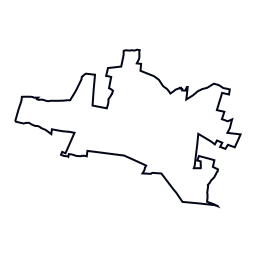 Chocholá, Yucatán, Mexico (Mercator projection)
{"feature_id": "50627088B77263395390231", "entity_name": "Chocholá", "entity_type": "district", "adm_level": 2, "iso_a3": "MEX", "parent_name": "Mexico", "parent_adm1": "Yucatán", "projection": "mercator", "projection_center": [-89.837, 20.727], "detail": "fine", "context": "isolated", "style": "outline", "palette": "ink", "viewbox_px": 256, "rotation_deg": 0, "n_neighbors": 0, "source": "geoboundaries", "source_scale": "gbopen_adm2", "svg_char_len": 4348}
<svg xmlns="http://www.w3.org/2000/svg" viewBox="0 0 256 256"><path d="M240.6,134.4L227.4,132.9L229.9,128.1L230.3,126.4L230.7,124.9L231.0,123.5L231.2,122.8L231.5,121.7L232.0,119.7L232.1,119.4L228.9,120.8L227.9,121.3L227.2,121.1L226.6,120.9L226.2,120.7L225.7,120.5L225.2,120.3L224.0,119.9L223.4,119.7L221.9,119.2L224.4,111.8L221.4,111.1L220.2,110.9L219.5,110.7L218.1,110.4L217.4,110.2L216.9,110.1L218.6,104.5L218.6,104.4L220.1,99.5L220.2,99.4L222.1,92.9L227.7,94.2L229.0,94.5L229.2,93.0L229.4,92.1L229.6,90.8L229.8,89.4L228.5,89.2L227.8,88.9L223.4,88.1L219.0,85.2L217.5,84.7L214.0,83.8L213.6,83.8L207.2,87.8L202.2,89.1L197.7,91.3L195.3,93.4L193.2,95.1L192.9,95.4L186.3,99.5L186.5,97.8L186.9,94.2L187.7,87.0L186.9,87.0L185.3,90.6L182.1,90.4L182.2,89.0L180.6,88.7L180.9,87.8L179.8,87.8L179.6,88.1L175.5,89.7L173.5,91.4L170.4,93.5L169.9,92.8L169.1,91.5L168.1,90.3L167.5,89.5L166.4,88.5L164.0,86.9L163.1,85.9L162.9,85.8L158.9,79.8L154.0,76.2L140.5,70.8L141.1,63.9L136.8,63.4L138.8,59.5L139.4,57.3L139.3,51.7L139.7,50.2L137.2,49.7L134.4,50.6L131.6,50.2L130.0,50.6L126.2,50.3L125.7,50.3L123.7,50.8L123.6,54.0L123.7,54.8L123.6,55.2L123.5,55.7L123.3,56.0L123.3,56.4L123.2,56.7L123.2,57.0L123.2,57.5L123.0,58.2L122.7,59.0L122.7,59.3L122.7,59.5L121.4,65.8L121.2,66.6L120.0,66.7L111.3,67.7L108.0,68.0L106.1,76.0L106.3,76.1L107.4,76.1L108.5,76.3L110.0,76.7L111.2,77.0L109.0,88.2L111.0,89.2L113.0,90.7L112.4,92.7L112.0,93.6L111.9,94.2L111.5,94.4L111.0,95.5L108.6,99.0L108.4,99.6L108.4,100.0L108.5,100.2L108.5,100.5L108.4,101.1L108.4,102.2L108.3,103.0L108.0,104.4L107.6,105.8L107.3,106.5L107.2,107.2L106.9,107.9L106.8,108.3L92.6,105.6L92.6,105.0L93.6,90.5L94.6,79.5L95.0,74.7L92.6,74.5L90.5,74.2L85.9,73.7L85.7,73.9L84.3,74.7L83.8,75.3L83.6,75.3L82.6,76.3L81.9,76.7L81.5,79.2L81.3,79.7L79.3,83.9L75.7,91.1L73.3,95.1L72.4,96.5L70.2,100.2L66.4,100.3L63.6,100.7L61.8,100.7L61.0,100.7L59.4,100.8L58.9,100.8L58.4,100.8L58.1,100.8L57.5,100.8L57.1,100.8L56.3,100.8L55.0,100.8L54.0,100.8L53.4,100.8L52.7,100.8L51.6,100.7L50.7,100.8L49.7,101.0L48.2,101.2L47.9,101.2L46.6,100.9L45.9,100.8L44.4,100.2L43.8,100.0L43.0,99.9L42.7,99.9L42.4,99.7L42.1,99.7L41.8,99.7L41.2,99.6L40.2,99.7L39.7,99.6L39.3,99.9L38.9,99.9L38.7,99.8L38.4,99.7L37.9,99.6L37.6,99.4L36.7,99.1L36.7,98.9L38.0,97.7L35.9,97.7L34.1,97.7L32.8,97.1L32.1,96.9L29.1,96.7L21.9,96.8L21.4,101.0L18.6,109.3L15.4,120.5L15.9,121.7L23.6,123.5L26.0,122.9L29.1,122.9L32.1,124.7L34.3,125.6L35.5,126.0L37.5,126.0L39.9,126.9L40.6,127.7L44.0,129.3L45.5,129.8L51.3,134.1L51.9,129.3L57.7,130.4L63.1,131.3L70.1,131.9L70.3,132.0L74.5,132.8L70.6,141.7L65.5,153.3L62.2,151.9L61.0,154.8L64.0,156.0L67.6,156.3L68.3,156.8L68.9,154.1L71.6,154.4L76.8,156.0L81.1,156.2L81.4,156.1L81.7,155.8L83.3,155.9L83.9,155.7L86.8,156.3L87.4,150.9L101.0,152.6L110.9,153.9L119.7,155.0L119.8,155.0L121.2,155.2L124.0,155.5L134.5,160.2L146.2,165.6L144.9,167.8L144.9,168.4L144.5,169.9L143.7,171.5L143.2,172.4L142.5,173.4L149.9,173.8L151.0,173.8L151.7,173.2L152.0,173.0L152.9,172.9L161.4,173.5L173.2,189.1L176.4,192.9L182.5,201.9L198.8,203.4L215.0,205.2L217.8,206.3L217.6,206.0L213.8,204.2L207.1,201.8L207.2,200.9L207.2,200.4L207.4,199.0L207.4,198.5L207.5,198.0L207.5,197.7L207.6,197.3L207.5,196.7L207.5,195.8L207.4,195.3L207.5,195.1L207.6,194.8L207.5,194.6L207.4,194.1L207.4,193.7L207.2,192.7L207.4,191.8L207.4,191.3L207.5,190.8L207.6,190.1L207.6,189.6L207.7,189.4L207.8,188.6L207.8,187.9L207.9,187.7L208.0,187.3L208.1,186.8L208.1,186.1L207.9,185.6L207.8,185.0L208.3,184.6L208.6,184.0L208.9,183.8L209.1,183.6L209.4,183.1L210.1,182.5L210.2,182.2L210.4,181.5L210.9,180.8L211.0,180.6L211.7,179.9L212.3,179.3L212.7,178.9L213.1,178.4L213.5,178.1L213.7,177.9L214.0,177.5L214.3,177.2L214.6,176.6L214.9,176.0L214.9,175.9L215.2,175.5L215.5,174.9L215.8,174.5L216.0,174.0L216.1,173.7L216.3,173.3L216.4,173.1L216.6,172.8L216.7,172.5L216.8,172.3L217.1,171.7L217.4,171.5L217.6,171.5L218.0,169.4L212.9,166.9L214.4,160.2L208.7,158.6L198.9,156.0L197.4,160.5L200.7,161.4L200.8,166.8L200.7,168.2L193.8,168.2L194.7,165.7L195.9,155.5L197.3,144.0L198.3,133.9L205.1,137.9L211.5,141.8L214.9,144.4L217.0,140.5L222.3,142.7L220.2,146.9L220.3,146.9L225.4,148.9L227.9,144.8L234.8,147.3L236.6,143.3L236.9,142.6L237.1,142.2L237.3,141.9L237.6,141.3L237.8,140.6L238.2,139.9L238.5,139.2L238.8,138.5L239.1,137.8L239.3,137.4L240.6,134.4Z" fill="none" stroke="#020617" stroke-width="2"/></svg>